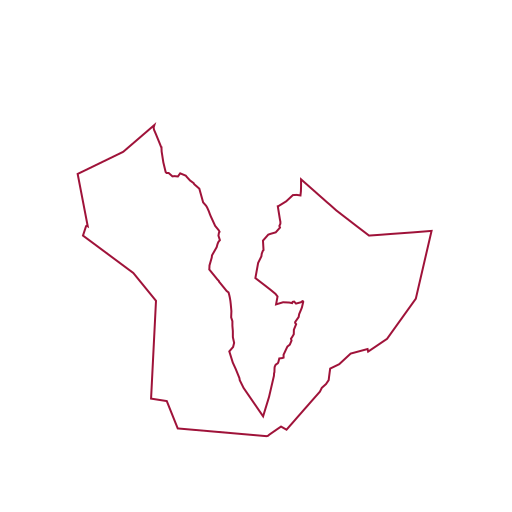 the district of San Francisco Chapulapa, Oaxaca, Mexico, rotated 329°
{"feature_id": "50627088B25039940619892", "entity_name": "San Francisco Chapulapa", "entity_type": "district", "adm_level": 2, "iso_a3": "MEX", "parent_name": "Mexico", "parent_adm1": "Oaxaca", "projection": "mercator", "projection_center": [-96.741, 17.913], "detail": "fine", "context": "isolated", "style": "outline", "palette": "rose", "viewbox_px": 512, "rotation_deg": 329, "n_neighbors": 0, "source": "geoboundaries", "source_scale": "gbopen_adm2", "svg_char_len": 2614}
<svg xmlns="http://www.w3.org/2000/svg" viewBox="0 0 512 512"><g transform="rotate(329 256 256)"><path d="M145.4,93.8L127.1,143.8L126.6,142.8L125.7,142.9L118.2,149.4L132.5,184.1L142.1,207.4L147.2,242.9L92.6,324.2L104.8,334.4L100.1,363.5L172.3,415.9L173.7,416.3L175.3,416.0L178.0,415.8L184.3,415.4L189.6,415.1L192.7,420.6L217.6,412.6L234.2,407.3L240.9,405.2L244.5,402.9L249.7,401.9L250.1,401.8L254.4,399.8L256.4,397.2L259.5,393.3L261.6,390.7L271.6,391.6L284.0,389.0L286.9,388.4L303.7,393.2L302.9,395.7L312.6,395.2L319.9,394.8L325.7,394.5L327.5,393.7L333.5,391.1L371.0,374.9L419.4,324.9L402.7,316.6L389.7,310.0L383.6,306.9L373.4,301.8L363.4,296.7L360.6,289.6L357.6,282.1L351.9,267.5L350.6,264.2L348.3,258.3L345.7,249.9L344.6,246.7L338.0,225.8L334.1,213.5L330.5,219.5L327.8,223.7L325.3,227.0L322.4,224.6L319.0,222.8L310.0,224.7L301.0,224.8L300.3,224.6L295.4,236.8L294.5,239.3L293.5,240.9L291.5,242.3L291.2,244.0L285.1,245.9L279.9,244.5L277.5,244.0L269.9,246.4L265.5,254.8L264.5,255.1L262.2,256.9L260.4,259.1L254.3,263.0L244.1,274.6L251.0,292.3L253.2,298.5L253.6,301.8L248.3,307.8L255.4,309.6L260.5,313.0L262.7,315.0L263.8,314.2L265.2,314.7L265.8,317.4L270.7,318.8L272.6,318.6L272.9,318.9L272.9,319.6L268.9,323.7L267.1,325.1L263.0,328.1L262.4,328.8L261.1,330.3L256.8,332.2L255.4,332.9L255.1,333.8L255.3,335.1L250.5,338.7L248.1,342.5L245.2,344.1L243.4,344.9L242.9,346.8L239.3,349.4L236.3,349.8L234.3,351.1L230.9,353.4L228.8,354.8L227.3,357.3L225.9,357.0L223.2,355.8L220.6,358.4L219.6,359.1L219.1,359.2L216.9,359.3L215.8,360.0L215.1,360.5L214.3,361.4L212.0,365.0L211.7,365.3L211.1,365.8L210.1,367.3L209.6,368.0L194.6,383.5L179.5,397.1L177.4,362.7L178.1,354.1L178.9,352.1L180.4,342.5L181.2,335.4L184.0,324.0L189.5,322.2L192.5,319.2L194.4,313.6L197.5,308.4L199.8,303.7L202.2,299.7L203.1,295.8L206.5,290.6L209.6,284.2L211.0,281.1L212.2,278.0L212.9,275.9L213.7,273.1L212.9,271.1L212.8,270.8L211.1,258.9L211.3,258.4L210.7,255.6L210.7,255.3L209.0,243.5L210.0,242.1L210.1,241.9L211.3,240.1L217.3,234.5L218.6,232.8L226.8,228.2L229.1,226.0L230.8,224.7L231.8,224.3L233.2,223.8L234.3,219.2L236.1,217.1L237.2,216.5L237.3,214.6L236.5,209.1L237.7,198.4L238.1,195.9L238.6,193.4L239.1,189.2L239.1,187.2L238.3,182.8L242.1,169.1L240.0,162.6L240.1,161.5L238.7,158.1L238.4,157.5L237.4,152.6L237.2,151.0L233.6,146.1L230.0,147.6L227.2,145.5L226.9,145.4L225.4,144.7L223.9,139.9L222.1,138.8L221.8,137.5L224.8,128.0L228.9,117.9L230.9,114.2L231.0,114.1L230.8,113.7L231.3,110.8L233.0,99.8L233.0,99.7L233.6,95.3L234.2,93.6L234.5,93.1L234.8,92.8L235.3,92.3L236.3,91.4L195.9,98.3L145.4,93.8Z" fill="none" stroke="#9f1239" stroke-width="2"/></g></svg>